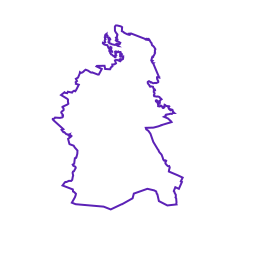 Feimaņu pag., Rezeknes, Latvia (Robinson projection), rotated 203°
{"feature_id": "27541924B82877950601433", "entity_name": "Feimaņu pag.", "entity_type": "district", "adm_level": 2, "iso_a3": "LVA", "parent_name": "Latvia", "parent_adm1": "Rezeknes", "projection": "robinson", "projection_center": [27.066, 56.267], "detail": "fine", "context": "isolated", "style": "outline", "palette": "violet", "viewbox_px": 256, "rotation_deg": 203, "n_neighbors": 0, "source": "geoboundaries", "source_scale": "gbopen_adm2", "svg_char_len": 6012}
<svg xmlns="http://www.w3.org/2000/svg" viewBox="0 0 256 256"><g transform="rotate(203 128 128)"><path d="M96.3,65.1L97.0,69.9L86.4,79.6L79.6,80.8L77.3,80.6L75.8,78.7L75.1,78.5L71.0,72.8L61.5,72.1L53.5,76.6L53.9,77.0L54.3,78.5L56.2,82.1L57.1,82.6L57.1,83.3L57.9,85.2L59.8,86.6L60.0,87.1L61.2,87.8L61.3,92.0L57.4,91.9L57.3,99.4L58.5,99.5L58.3,103.7L63.8,103.9L73.4,103.9L73.9,105.8L74.1,107.8L74.6,108.5L74.8,108.6L75.2,109.0L75.4,108.8L76.1,108.5L76.8,108.6L78.5,109.3L79.7,110.0L80.1,110.9L80.0,112.7L80.7,112.9L81.4,112.7L81.9,112.1L83.2,112.7L84.4,114.2L86.7,116.6L89.7,118.0L90.7,118.8L91.1,119.4L92.1,119.9L99.3,125.1L105.1,131.5L108.2,133.4L110.7,133.9L111.7,135.1L104.7,138.3L100.7,141.4L98.2,143.7L98.3,143.8L90.2,150.5L90.8,150.9L95.0,152.4L99.2,152.4L98.0,153.9L98.4,154.8L98.1,155.3L97.0,155.8L96.7,156.2L95.7,156.7L94.6,157.7L93.1,158.1L92.7,159.3L91.3,159.9L91.9,160.1L93.2,160.9L94.2,162.1L95.1,162.0L94.5,161.7L95.8,160.9L97.8,161.6L99.1,162.9L99.0,163.3L98.5,163.5L98.4,164.0L98.6,164.1L101.4,163.2L102.8,163.7L103.4,163.7L103.2,162.5L102.6,161.4L103.1,160.3L103.9,160.1L104.4,160.5L104.4,161.0L105.3,161.1L106.0,161.5L106.6,161.3L106.6,160.9L107.2,160.2L108.6,159.9L108.6,160.3L109.1,160.6L110.1,162.3L111.6,163.2L112.7,163.4L113.1,164.2L112.6,164.7L112.2,164.7L111.3,164.5L110.4,163.9L108.9,163.7L108.5,163.3L108.5,163.6L109.4,165.5L109.0,166.2L108.9,167.0L108.4,167.6L109.2,168.0L110.1,168.1L111.1,168.8L112.9,168.7L113.5,168.2L116.3,167.5L116.8,168.0L116.7,168.4L117.1,168.8L117.0,169.8L117.1,170.4L118.4,171.2L118.7,172.1L118.9,172.8L117.8,173.3L117.9,173.5L118.6,174.0L119.1,173.9L119.6,174.1L119.6,174.3L120.3,174.7L121.1,175.7L123.2,175.3L123.5,174.8L124.0,174.7L125.2,175.8L126.3,176.3L127.3,177.0L127.6,177.5L127.8,178.2L127.0,179.3L125.2,179.0L124.8,178.8L124.6,178.9L124.5,179.2L122.4,179.0L120.7,180.1L119.7,180.3L118.2,181.8L118.1,182.2L118.5,183.0L120.2,184.3L121.1,185.9L121.1,186.2L119.9,186.8L119.6,186.8L119.8,186.5L119.1,186.6L119.8,187.4L129.7,197.0L129.9,197.3L129.8,197.6L130.4,197.4L131.1,197.7L131.3,198.2L132.1,198.4L132.3,198.9L131.9,199.5L133.0,199.5L133.4,202.2L133.0,202.6L133.4,202.9L133.4,203.3L132.7,203.7L132.8,204.0L132.5,205.3L132.4,207.7L132.9,208.0L133.1,209.1L133.5,209.8L133.7,210.2L133.5,210.9L133.7,211.4L135.9,212.9L137.4,213.5L137.9,213.5L138.5,213.9L139.4,215.3L140.4,215.7L143.0,217.7L143.9,218.1L144.1,218.0L143.4,217.5L143.4,217.0L144.2,216.8L145.9,217.2L146.0,216.9L145.8,216.4L146.2,216.3L146.6,216.4L146.7,216.7L162.1,216.2L163.4,215.5L162.5,215.1L162.8,214.4L163.5,214.2L165.4,214.0L168.9,214.2L169.6,214.6L171.5,214.7L172.8,218.5L173.6,218.7L174.7,218.7L177.8,218.2L179.2,217.7L179.6,216.7L179.6,216.0L178.0,212.4L176.4,211.1L174.3,210.0L174.2,209.7L174.3,209.3L174.0,209.0L174.1,208.2L173.6,207.5L173.8,206.7L174.3,206.6L174.4,206.4L173.8,205.9L172.5,205.6L172.2,205.3L172.5,204.2L173.3,204.4L173.5,204.2L173.5,203.9L172.5,203.5L170.5,203.7L168.4,203.4L168.5,202.0L169.8,201.4L171.1,201.3L171.6,200.9L171.4,200.3L168.8,199.7L169.1,199.6L171.5,199.9L172.8,199.3L176.1,198.7L176.9,199.0L178.0,198.7L178.6,199.0L179.3,199.2L179.5,199.4L178.9,199.9L179.1,200.9L179.3,201.2L180.3,201.6L180.3,201.9L179.0,202.7L179.2,203.0L179.9,203.3L180.4,203.8L180.8,203.8L181.5,203.3L182.5,203.5L182.5,204.2L182.9,205.0L184.2,205.5L184.4,206.0L184.5,205.7L184.8,205.9L185.1,205.4L185.3,204.5L185.1,203.9L184.4,203.2L184.8,202.8L184.9,202.5L184.4,202.1L184.1,201.3L183.4,200.9L183.7,200.0L183.6,199.3L182.5,198.0L183.3,197.3L183.5,196.8L184.4,196.7L184.2,196.1L182.5,195.6L181.2,195.7L179.4,196.2L177.6,194.4L177.0,194.2L176.8,193.7L176.3,193.5L175.4,194.0L175.8,194.9L175.9,195.8L174.8,195.7L174.4,194.8L174.5,193.7L173.9,193.1L173.9,192.5L172.9,192.0L172.5,192.2L172.4,192.0L173.5,191.8L173.9,192.2L174.5,192.1L175.1,192.4L175.4,191.7L175.1,191.3L174.1,190.9L173.5,189.9L173.0,189.8L172.4,189.2L171.5,189.3L170.3,188.7L169.0,188.7L167.9,188.0L167.3,188.1L167.1,188.6L167.3,189.1L168.2,189.9L168.0,190.4L167.6,190.6L168.6,191.4L168.1,192.6L168.7,192.9L169.1,192.5L169.7,193.0L169.5,193.5L168.8,193.8L167.0,193.9L166.8,194.6L165.9,194.4L164.6,195.0L163.9,194.1L162.8,193.8L162.5,193.6L162.9,193.0L163.7,193.1L164.1,192.9L163.2,190.8L162.3,190.9L162.0,191.1L162.1,191.7L160.4,192.1L160.3,191.7L160.8,191.7L160.8,191.2L159.9,190.9L159.6,189.5L160.3,188.6L161.2,188.7L161.1,188.0L161.8,188.2L162.6,187.9L162.6,187.4L161.8,187.5L161.1,187.2L161.3,186.4L164.8,186.4L165.6,186.0L166.4,185.1L164.3,182.8L165.4,181.3L167.3,180.3L166.4,178.7L167.3,177.4L167.5,176.2L167.3,175.8L167.5,175.0L172.1,173.4L173.9,176.1L180.9,173.0L181.1,172.4L175.2,172.1L175.8,165.8L176.8,165.4L182.6,165.2L182.8,164.9L184.1,164.6L187.2,165.2L189.8,165.1L190.7,163.5L190.9,162.7L191.7,161.3L192.9,160.3L194.0,160.6L193.7,159.0L193.7,154.9L195.2,152.9L193.3,151.3L194.1,149.8L193.7,149.1L193.1,148.8L193.1,148.3L190.2,148.6L190.6,142.6L190.9,141.2L192.1,141.3L193.4,139.4L193.4,138.7L197.5,137.9L197.6,136.3L199.6,135.8L200.4,136.1L202.5,132.2L195.1,131.1L194.3,130.6L193.6,128.8L192.4,127.0L193.0,125.9L196.6,121.9L196.5,121.6L196.2,121.3L195.4,121.1L195.0,120.8L194.3,119.5L194.4,118.9L195.3,117.6L195.6,116.4L195.0,115.7L193.3,114.8L193.2,114.4L192.8,114.3L192.6,113.9L192.9,113.7L192.6,113.4L192.4,112.5L192.6,112.1L194.6,110.7L199.2,109.1L199.3,108.4L199.9,107.5L200.8,107.0L200.7,106.6L199.6,106.0L187.1,101.7L188.0,100.8L187.6,100.3L188.0,100.1L185.8,98.9L185.0,99.3L182.4,98.2L179.9,98.8L179.5,99.2L179.7,97.9L178.3,97.5L177.9,98.0L178.1,98.9L176.9,98.5L177.2,97.6L178.9,94.6L175.7,90.4L175.3,90.3L171.1,90.5L169.5,89.3L165.7,87.5L164.6,84.5L164.1,81.2L164.3,80.9L164.1,80.6L164.1,80.2L165.1,79.4L163.6,74.1L164.6,72.7L163.6,71.9L161.4,71.8L160.5,70.9L160.9,67.0L161.6,66.4L161.5,65.1L159.9,62.8L159.8,61.6L159.1,58.5L159.6,57.1L161.7,56.3L163.6,54.2L164.5,53.9L164.9,53.3L165.8,49.5L154.8,49.9L153.8,48.1L152.5,48.0L150.2,47.1L149.9,45.5L149.8,43.4L150.5,37.3L146.4,37.4L119.7,46.1L112.1,46.3L104.0,55.4L103.7,55.5L96.3,65.1Z" fill="none" stroke="#5b21b6" stroke-width="2"/></g></svg>